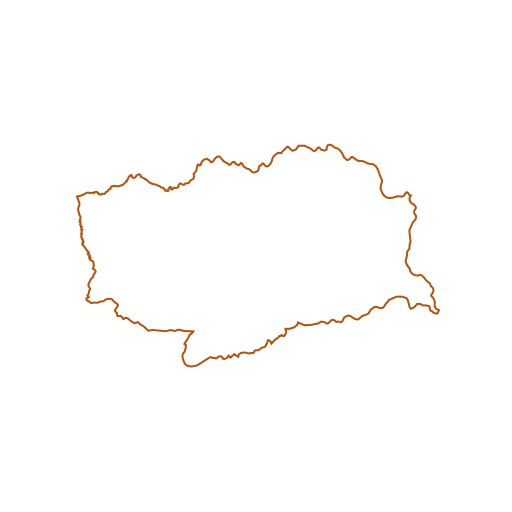 Lugela, Zambezia, Mozambique (orthographic projection), rotated 319°
{"feature_id": "85939544B172449318268", "entity_name": "Lugela", "entity_type": "district", "adm_level": 2, "iso_a3": "MOZ", "parent_name": "Mozambique", "parent_adm1": "Zambezia", "projection": "orthographic", "projection_center": [36.652, -16.329], "detail": "fine", "context": "isolated", "style": "outline", "palette": "amber", "viewbox_px": 512, "rotation_deg": 319, "n_neighbors": 0, "source": "geoboundaries", "source_scale": "gbopen_adm2", "svg_char_len": 6157}
<svg xmlns="http://www.w3.org/2000/svg" viewBox="0 0 512 512"><g transform="rotate(319 256 256)"><path d="M388.7,231.9L388.1,228.5L386.6,226.0L385.6,221.6L384.9,220.7L383.6,219.6L382.8,219.5L380.4,220.7L379.4,221.8L378.0,221.9L376.9,221.4L375.0,218.7L374.9,216.1L374.3,214.9L372.9,214.9L370.6,215.6L368.8,215.1L368.2,213.9L367.8,211.1L364.9,204.5L360.4,200.7L356.3,201.8L352.8,200.8L352.1,198.6L352.0,195.1L351.3,194.1L344.5,194.4L342.9,194.9L341.9,194.3L340.3,192.5L335.2,192.3L332.1,193.3L330.6,194.6L329.1,195.2L326.4,196.1L324.2,196.2L323.1,195.7L322.2,194.6L322.2,191.4L322.0,190.7L321.3,190.4L319.5,190.8L317.7,190.3L313.7,193.0L311.1,192.6L309.0,191.5L308.4,190.4L307.8,186.0L306.5,184.2L305.4,180.4L306.1,177.6L306.0,176.3L305.5,175.9L303.4,176.3L302.2,176.0L301.0,172.5L301.5,171.1L300.7,170.2L299.5,169.7L297.2,170.2L295.5,169.8L295.5,168.0L294.4,165.7L293.8,163.3L293.7,157.2L292.9,156.0L289.7,155.4L285.1,156.5L284.0,156.2L283.5,155.6L283.7,153.8L282.8,150.5L280.0,149.1L277.1,149.4L275.6,149.9L274.9,150.8L273.8,151.0L272.6,150.5L272.8,149.6L272.0,148.9L270.4,149.6L267.2,152.3L264.8,153.0L262.9,153.0L261.4,155.3L260.2,156.3L258.5,156.5L256.1,156.0L253.6,156.7L252.7,156.6L250.2,154.9L248.4,155.1L247.6,154.2L246.7,151.8L246.0,151.3L243.9,151.8L242.6,153.1L242.0,153.1L240.5,152.3L238.7,150.5L236.6,150.9L235.8,150.0L236.3,149.6L236.5,148.6L236.9,148.2L236.6,147.7L236.3,148.0L235.1,147.6L234.1,147.8L233.3,148.9L232.1,149.2L231.0,147.7L231.2,147.0L230.6,146.9L231.0,146.4L230.6,145.3L230.7,143.7L229.3,141.8L229.2,139.9L228.1,138.5L226.9,135.8L224.9,133.4L224.8,132.4L223.9,131.0L223.2,125.9L222.4,124.9L222.6,123.8L221.1,120.9L221.9,119.1L221.6,118.0L221.0,117.3L218.6,116.9L216.9,117.4L214.9,117.1L214.3,115.3L214.4,114.2L215.1,113.6L214.6,112.8L212.0,112.7L209.2,114.2L207.6,114.2L207.1,115.0L206.0,114.7L202.4,115.0L197.3,112.9L196.7,111.8L194.6,110.2L194.4,109.5L192.6,108.8L191.4,108.9L190.6,109.7L188.0,109.3L186.5,109.9L185.0,109.4L182.6,109.8L180.6,108.0L179.2,108.0L178.4,106.4L177.7,106.1L178.4,104.4L177.7,103.1L176.4,102.0L174.8,102.2L174.7,101.5L172.0,99.4L170.5,97.7L168.0,96.7L166.7,96.8L164.9,95.8L163.2,95.6L159.9,93.7L157.5,100.1L155.8,102.0L154.0,102.7L152.5,103.9L151.1,106.1L150.9,107.3L150.4,107.6L149.7,109.2L149.3,111.3L147.1,113.4L146.7,113.2L146.3,114.5L145.4,114.5L145.5,115.6L144.9,115.9L144.7,116.8L143.7,117.1L143.9,117.7L142.9,119.2L143.6,119.7L142.0,121.1L142.1,121.9L141.3,121.7L141.2,122.4L140.5,123.0L140.3,123.6L138.7,124.4L138.9,125.3L136.8,126.6L136.8,127.3L136.3,127.9L136.4,128.8L135.9,129.1L136.0,129.9L135.4,131.0L134.9,131.2L135.2,132.1L133.9,132.8L133.4,132.5L132.9,133.7L132.4,133.7L132.5,136.9L132.0,140.8L132.3,141.4L131.7,142.1L132.3,143.3L131.9,143.8L130.2,144.2L130.2,144.7L131.2,145.6L131.1,146.2L129.6,147.2L130.3,147.4L129.8,149.0L128.9,148.9L128.4,149.3L128.2,150.5L129.4,152.1L129.3,153.7L127.4,156.8L124.5,158.6L125.3,160.2L124.8,162.6L121.1,163.7L118.7,165.1L116.6,165.0L111.2,167.2L109.9,168.8L109.2,172.2L107.4,172.7L104.9,174.7L102.9,175.1L102.7,175.6L103.1,176.8L102.6,177.4L100.1,176.8L99.4,177.6L99.4,179.2L100.4,181.2L100.4,182.7L101.3,183.8L103.8,185.3L105.8,187.4L109.4,188.6L111.0,190.0L113.8,190.2L115.7,190.9L117.7,192.5L118.9,194.0L119.0,198.0L119.8,201.1L119.6,202.5L118.3,203.2L113.8,204.4L113.3,205.6L113.7,207.5L112.1,210.0L112.3,210.8L114.6,212.6L114.8,213.8L114.4,216.2L114.6,216.7L116.8,216.9L118.2,218.6L119.1,223.9L120.0,226.4L121.2,227.7L123.3,228.2L123.6,228.7L123.7,231.3L125.1,235.8L125.7,241.7L129.3,243.9L138.7,253.6L143.0,255.9L145.6,259.4L148.8,260.5L150.7,262.5L152.2,265.1L159.2,271.8L157.4,272.2L153.7,272.1L151.2,273.4L144.6,275.2L144.2,275.6L144.7,277.0L143.0,279.0L139.1,281.5L137.5,281.6L135.4,282.6L133.2,285.8L131.7,290.2L131.9,292.7L132.3,294.0L134.7,297.0L138.7,299.5L140.3,300.0L154.8,302.2L155.9,303.3L156.7,305.0L158.1,305.9L158.5,307.0L159.6,307.4L161.8,307.3L163.7,308.7L164.2,310.1L163.7,312.1L164.9,313.2L167.4,313.9L169.9,313.2L169.8,315.3L170.5,316.1L171.6,315.7L173.8,316.0L175.1,315.7L176.4,320.4L178.4,319.0L181.0,319.3L184.3,321.5L186.8,325.1L188.6,325.9L190.2,327.4L190.8,327.5L193.0,326.6L194.1,327.1L195.8,328.7L199.9,329.0L203.4,330.4L206.8,329.2L209.7,327.4L210.5,328.0L210.8,330.8L210.1,331.7L210.1,332.3L215.8,331.6L218.9,332.3L221.0,331.7L222.0,332.5L223.4,332.4L224.0,334.4L225.0,334.9L228.7,333.6L229.6,332.3L230.0,330.7L230.5,330.3L233.6,333.0L238.1,334.9L241.3,335.0L242.8,334.7L244.0,333.7L247.5,340.6L248.9,341.2L250.7,343.0L253.0,344.5L259.1,347.9L262.1,348.2L263.9,350.3L265.4,353.8L266.5,354.2L270.5,353.8L272.1,354.5L273.1,356.1L273.3,358.5L275.2,359.5L276.8,361.9L279.0,361.7L282.0,360.3L284.2,360.6L286.6,361.5L287.8,363.1L289.4,368.7L291.6,371.0L296.7,370.9L300.8,372.6L303.3,373.2L307.2,371.8L312.0,372.2L313.5,373.3L315.5,376.7L317.3,378.2L319.4,378.2L323.4,377.0L325.2,377.2L327.1,376.3L335.4,378.9L339.8,382.8L342.0,386.8L341.5,389.2L338.3,395.7L338.2,397.3L339.1,397.9L342.2,398.5L346.2,397.9L348.3,399.6L349.4,402.6L352.0,404.9L353.7,407.2L353.7,408.1L352.1,410.8L351.9,411.9L352.7,413.4L352.7,415.2L354.4,418.0L355.4,418.3L358.6,416.9L357.4,414.3L357.5,412.1L358.2,410.7L360.1,408.8L361.5,406.6L362.1,404.3L362.1,401.0L363.1,400.1L364.2,400.1L367.0,398.8L368.1,397.3L368.5,396.1L368.3,393.4L369.2,391.0L368.4,385.6L368.7,382.2L368.3,379.2L367.2,377.7L365.4,377.0L363.8,375.3L362.7,373.4L362.2,371.2L362.5,368.7L363.7,366.3L363.7,363.9L364.3,362.3L364.0,361.9L365.3,358.3L370.2,354.7L373.0,351.9L376.3,351.3L379.7,348.0L382.2,346.4L387.7,338.3L389.2,336.9L396.2,333.7L400.5,332.9L402.5,331.6L403.1,330.7L403.4,327.9L404.4,326.3L405.2,325.6L408.0,324.8L408.7,324.0L409.0,321.0L407.9,318.2L408.2,317.3L407.9,316.7L408.6,314.5L409.3,314.0L409.8,313.0L412.6,311.9L411.7,310.2L412.1,308.2L411.7,306.8L409.5,306.8L407.6,307.5L405.4,307.2L402.1,303.8L397.8,301.9L394.9,300.0L393.5,298.3L392.5,296.0L392.3,292.9L393.7,287.9L394.6,286.5L396.9,284.3L399.8,282.7L400.9,281.4L401.8,278.0L404.9,270.1L405.3,266.7L404.6,263.7L401.2,259.7L399.1,254.8L395.3,250.9L393.7,244.4L393.1,244.0L389.4,244.2L388.2,243.8L387.5,242.8L387.2,239.1L388.3,235.6L388.7,231.9Z" fill="none" stroke="#b45309" stroke-width="2"/></g></svg>